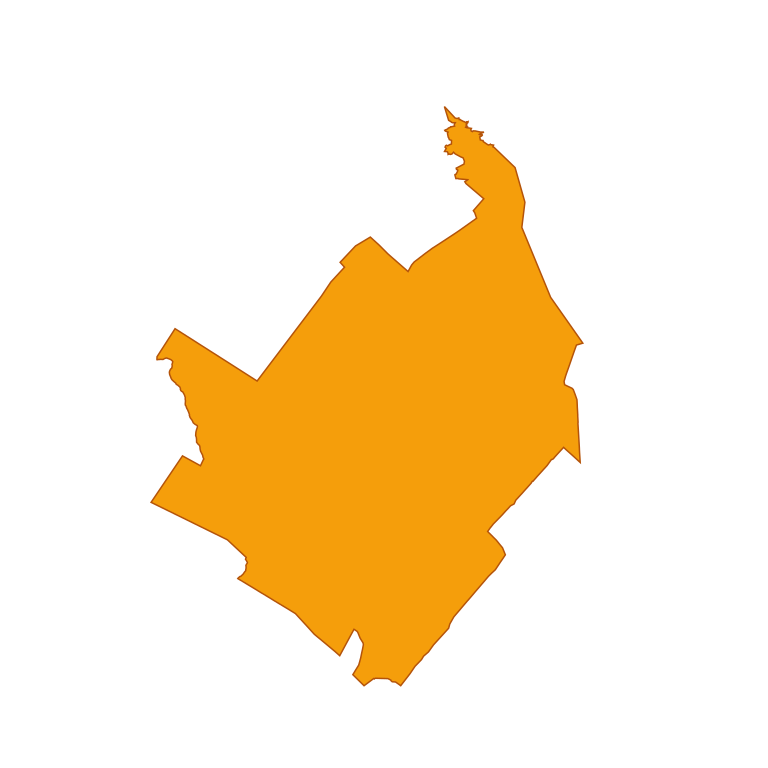 the district of Rayón, Chiapas, Mexico, rotated 211°
{"feature_id": "50627088B72568920303680", "entity_name": "Rayón", "entity_type": "district", "adm_level": 2, "iso_a3": "MEX", "parent_name": "Mexico", "parent_adm1": "Chiapas", "projection": "robinson", "projection_center": [-92.989, 17.185], "detail": "fine", "context": "isolated", "style": "filled", "palette": "amber", "viewbox_px": 768, "rotation_deg": 211, "n_neighbors": 0, "source": "geoboundaries", "source_scale": "gbopen_adm2", "svg_char_len": 5163}
<svg xmlns="http://www.w3.org/2000/svg" viewBox="0 0 768 768"><g transform="rotate(211 384 384)"><path d="M214.3,134.0L212.5,149.1L212.0,158.0L209.9,167.1L209.9,171.1L207.9,177.2L207.2,185.9L202.8,207.9L204.0,212.2L204.2,220.4L203.7,223.5L203.1,227.0L202.3,231.9L201.5,236.8L200.7,241.7L200.6,241.9L199.8,246.6L199.0,251.5L198.2,256.4L198.1,256.8L197.2,262.2L196.3,267.6L195.4,273.0L194.3,277.3L192.9,282.1L192.7,286.6L192.5,291.1L192.2,295.6L192.0,300.1L198.1,304.7L202.7,306.3L207.3,308.0L210.6,308.8L216.1,310.2L216.7,310.3L219.2,311.0L218.8,316.1L218.7,316.2L218.2,320.3L215.2,332.9L214.3,337.7L213.5,341.2L212.8,344.8L210.7,348.2L211.2,352.3L209.7,359.7L209.4,361.0L208.7,364.8L207.8,369.4L206.8,374.8L206.8,376.6L206.7,377.2L206.2,377.4L205.0,384.1L202.2,398.1L201.6,405.5L201.3,405.6L200.4,406.9L200.2,407.9L200.1,408.9L199.3,413.0L198.4,417.4L197.4,422.2L194.3,421.5L188.0,420.3L186.9,420.1L183.9,419.5L179.9,418.7L177.0,418.1L175.4,417.8L175.9,418.5L181.3,426.3L182.5,428.1L183.6,429.8L186.8,434.5L197.6,450.3L197.9,451.1L201.7,456.7L201.8,457.0L202.7,458.3L203.5,459.5L206.5,463.9L207.4,465.3L208.4,466.8L209.2,468.0L210.5,469.9L214.7,473.4L219.0,476.8L219.3,476.8L220.6,477.2L225.4,476.7L228.8,476.4L231.0,479.0L232.4,484.2L233.0,486.9L234.5,494.3L237.9,510.4L239.1,516.5L234.6,521.4L285.8,544.1L346.5,589.2L356.8,612.3L357.7,613.2L383.1,637.0L411.4,643.5L412.8,643.4L413.1,645.2L415.7,644.2L416.3,644.3L416.3,644.1L417.4,642.8L417.7,642.6L419.3,642.6L423.7,642.9L424.5,643.7L425.0,643.4L426.6,643.0L427.1,642.8L429.2,645.1L428.1,646.8L427.9,647.6L427.9,648.0L428.2,648.2L430.5,646.9L430.9,647.0L430.0,648.7L428.8,650.2L428.4,650.9L428.6,651.1L430.9,649.7L435.9,648.0L438.0,646.9L438.2,645.9L439.4,645.7L440.6,646.7L440.7,648.1L444.8,646.5L445.2,646.3L446.3,646.1L446.3,646.5L445.4,647.8L446.6,647.9L446.9,649.8L447.3,649.6L447.1,650.6L446.7,651.2L447.1,652.2L447.5,651.7L448.2,651.4L448.3,650.3L450.4,650.2L450.8,650.0L454.1,649.8L455.1,649.9L455.7,649.4L456.9,650.6L458.1,649.2L460.0,648.6L475.1,652.9L470.3,648.6L464.4,643.3L461.7,643.3L460.8,643.1L459.7,643.3L457.5,644.7L457.5,644.3L457.5,643.0L457.0,642.0L456.3,641.4L458.9,639.1L459.1,639.0L459.1,638.8L459.4,638.7L459.4,638.2L460.5,636.7L460.7,636.4L460.7,635.8L461.0,635.1L461.6,634.3L462.2,633.5L462.5,632.8L462.6,632.7L462.3,632.5L461.5,632.4L458.8,632.9L458.8,632.6L458.7,631.7L458.5,631.3L456.0,628.6L455.3,628.3L453.8,627.1L451.6,627.6L449.8,624.4L451.0,623.0L452.1,621.0L453.5,620.8L453.9,619.8L453.6,618.4L452.0,618.1L452.0,616.5L451.9,614.5L449.6,615.6L449.2,615.7L448.1,614.9L447.3,613.8L446.8,614.6L445.3,615.0L444.2,616.2L443.8,618.5L441.5,617.9L435.1,618.2L432.7,618.6L429.8,616.4L428.7,613.7L433.3,606.2L432.3,605.2L431.7,605.6L431.0,605.5L430.6,604.9L430.6,604.3L430.4,603.8L430.4,602.7L430.2,601.1L430.8,600.5L431.0,599.8L428.2,597.1L426.1,598.4L425.6,598.3L417.4,602.3L417.4,602.0L418.6,599.6L418.9,599.0L416.9,598.0L393.9,594.2L396.7,578.6L394.4,577.5L390.0,573.8L398.5,554.3L400.3,550.4L405.0,540.6L407.7,535.0L411.9,526.4L412.3,525.7L415.7,517.6L421.0,504.1L421.6,500.2L421.3,492.8L443.6,496.8L447.9,497.6L459.4,500.5L471.4,502.9L479.5,487.7L484.3,465.7L478.0,463.8L482.1,444.0L482.9,427.2L494.3,321.2L526.6,322.1L591.6,323.8L591.7,319.4L592.6,290.5L591.3,288.1L591.0,287.9L590.0,288.8L589.2,289.3L588.3,290.0L587.0,290.7L586.0,291.3L585.3,292.6L584.8,293.3L583.9,294.2L583.0,294.5L582.7,294.5L581.4,294.8L579.3,295.1L577.9,294.9L576.7,294.5L576.1,293.0L575.9,291.7L574.8,290.4L574.1,288.2L574.6,286.8L574.4,284.5L573.9,283.3L572.5,281.6L571.5,280.9L569.1,279.0L567.8,278.4L565.5,277.9L564.3,277.7L563.0,277.5L562.6,277.2L561.8,276.7L560.5,276.8L559.2,276.6L557.3,276.2L557.2,276.1L556.2,275.3L555.8,274.5L554.7,273.7L553.5,273.5L552.5,273.6L551.4,273.0L549.5,271.9L548.0,270.6L547.3,270.0L547.0,269.3L546.3,268.2L545.6,267.5L544.1,264.5L543.3,263.5L542.4,263.2L541.9,262.7L540.6,261.6L539.0,260.7L537.1,259.3L536.2,258.6L535.0,257.6L534.8,257.0L533.1,255.5L531.4,254.7L529.7,254.0L527.5,252.5L525.1,252.1L522.6,252.2L522.0,251.4L521.5,250.1L521.4,249.4L521.2,248.4L520.5,246.0L518.9,242.8L517.4,241.6L516.1,239.9L514.7,237.6L512.5,236.7L510.5,236.3L509.4,235.3L508.2,233.6L506.7,232.0L504.2,230.4L502.9,229.6L501.4,228.0L499.8,226.9L499.9,226.4L499.2,219.4L519.7,218.6L522.7,162.6L438.0,169.8L412.8,164.4L412.5,162.5L410.9,161.7L409.2,160.7L408.9,159.6L409.1,158.7L408.9,157.3L408.4,156.7L407.4,155.2L407.0,154.0L406.4,152.7L406.7,150.9L406.8,149.2L406.9,148.1L407.5,146.3L407.7,145.4L408.4,144.7L408.6,143.9L409.0,143.1L409.1,141.9L392.3,141.9L391.2,141.9L382.2,141.8L373.6,141.8L365.2,141.7L353.7,141.7L351.9,141.7L341.7,141.6L334.6,139.5L323.4,136.2L319.5,135.0L314.9,133.6L310.4,132.9L308.3,132.6L302.5,131.7L299.9,131.3L294.2,130.4L287.8,129.4L287.4,129.3L282.0,128.3L282.9,147.1L283.4,158.3L283.1,158.3L282.9,158.3L279.6,158.1L278.4,157.5L273.5,153.8L268.6,151.3L267.4,149.9L265.7,145.3L264.6,142.0L262.9,137.2L261.7,133.0L260.9,130.0L261.0,124.3L261.0,119.1L261.0,118.8L245.7,115.1L241.1,126.3L240.4,126.2L239.9,127.3L228.9,133.5L225.6,133.7L225.2,133.3L223.6,133.0L220.7,134.5L216.3,134.2L214.3,134.0Z" fill="#f59e0b" stroke="#b45309" stroke-width="1.5"/></g></svg>